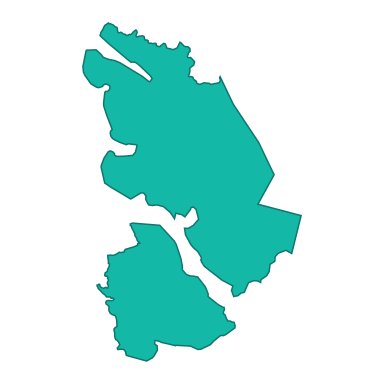 the district of Petersburg, Alaska, United States of America
{"feature_id": "52423323B76828844452953", "entity_name": "Petersburg", "entity_type": "district", "adm_level": 2, "iso_a3": "USA", "parent_name": "United States of America", "parent_adm1": "Alaska", "projection": "mercator", "projection_center": [-133.171, 57.135], "detail": "fine", "context": "isolated", "style": "filled", "palette": "teal", "viewbox_px": 384, "rotation_deg": 0, "n_neighbors": 0, "source": "geoboundaries", "source_scale": "gbopen_adm2", "svg_char_len": 5556}
<svg xmlns="http://www.w3.org/2000/svg" viewBox="0 0 384 384"><path d="M291.7,253.5L301.1,215.6L257.9,204.2L274.1,174.8L258.7,142.5L233.3,104.3L220.1,76.7L219.6,77.5L220.4,80.3L219.3,82.8L217.8,83.0L216.7,83.2L215.4,83.5L214.2,83.6L213.5,84.0L212.2,84.0L210.7,84.5L209.5,83.4L204.0,82.8L199.8,84.4L197.1,83.5L196.6,82.8L196.4,81.3L194.3,79.9L193.1,78.5L193.0,77.3L191.8,76.7L190.2,76.5L189.1,76.7L188.5,76.2L188.6,75.4L189.4,73.8L189.9,71.4L189.9,69.6L189.6,68.7L190.6,67.4L193.7,65.1L194.6,61.7L190.7,57.5L188.9,57.6L188.1,57.7L187.3,56.7L187.7,55.5L188.6,52.7L190.1,51.5L189.9,48.5L188.0,46.8L184.9,46.5L184.1,46.1L183.4,45.4L182.8,44.7L182.2,44.2L181.5,43.2L180.6,42.5L179.9,42.2L179.4,43.3L178.9,44.3L178.1,46.0L177.1,47.9L175.2,48.8L173.9,49.3L172.8,49.6L171.9,49.4L171.3,49.1L170.3,48.8L168.9,48.5L168.1,48.5L166.7,47.9L166.4,46.5L165.5,44.7L165.0,43.7L163.6,43.4L162.4,44.4L160.8,45.6L160.3,46.3L159.3,46.7L158.6,46.4L157.3,46.2L156.2,45.3L156.2,44.3L156.1,43.6L155.4,43.2L154.5,43.3L152.9,43.7L151.7,43.4L150.4,43.0L149.7,43.3L148.5,43.1L148.1,42.3L148.1,41.2L148.2,40.8L147.1,40.0L146.0,40.1L145.3,40.0L144.5,39.0L144.5,37.9L144.0,36.4L142.4,35.8L140.4,36.1L139.0,36.2L137.6,36.8L136.8,36.8L136.1,36.1L136.1,35.2L137.1,32.6L136.9,31.4L136.7,30.6L135.9,30.0L135.1,30.5L134.0,31.3L133.1,32.2L132.2,33.3L130.8,34.6L129.5,34.4L128.1,35.1L126.7,35.5L125.9,34.9L125.1,34.3L124.1,34.1L123.4,34.0L121.9,32.8L120.8,32.2L119.4,32.7L118.5,32.7L117.7,31.7L117.5,29.5L117.0,27.5L115.8,27.0L115.2,26.8L114.4,26.1L113.4,25.1L112.1,24.5L110.7,23.9L109.0,23.6L108.4,23.0L107.3,23.6L106.7,24.3L105.6,24.8L104.6,25.7L103.8,27.2L103.1,29.0L102.0,30.8L101.0,32.3L100.6,33.8L100.0,35.4L101.0,36.6L109.0,43.9L130.7,62.1L134.9,62.2L136.6,63.1L140.2,66.1L150.5,76.0L152.1,78.6L149.9,81.7L148.5,81.3L142.4,76.4L119.7,62.6L114.9,60.6L108.4,59.3L104.1,57.7L102.9,56.9L101.2,54.5L96.1,49.8L86.4,50.2L85.9,51.6L82.9,66.5L83.5,72.3L85.1,75.6L90.9,83.8L96.5,87.2L98.3,87.7L102.0,86.7L102.8,86.1L103.3,85.0L106.2,83.9L109.5,85.6L110.0,88.1L108.6,90.6L107.5,91.3L105.6,91.4L104.8,92.5L103.6,103.0L103.7,105.8L106.6,114.9L112.2,129.5L110.7,131.0L110.2,133.0L110.8,135.9L111.3,137.0L113.2,139.0L114.7,139.9L119.9,142.4L126.4,144.7L128.1,143.8L135.9,144.7L137.1,145.3L135.4,152.2L132.7,155.4L124.2,156.2L116.9,156.4L114.7,155.4L114.4,153.5L112.9,151.9L110.3,150.9L108.4,151.6L104.0,158.2L101.4,165.1L101.1,167.1L104.7,183.0L111.5,187.6L130.7,199.0L140.7,193.1L142.4,192.8L143.8,193.2L146.2,196.3L145.7,197.6L145.9,199.8L148.6,204.9L152.2,205.5L157.0,204.9L163.5,206.6L170.4,212.6L174.5,218.8L175.8,213.2L182.1,214.8L184.9,216.9L190.4,209.6L191.1,207.5L193.3,207.0L196.1,209.4L198.6,219.3L193.3,225.4L188.1,228.4L184.5,228.2L185.5,234.8L191.0,244.9L194.2,248.5L196.5,250.3L198.0,251.9L200.8,256.6L201.4,258.1L201.3,259.3L200.8,259.7L201.5,261.8L204.4,266.4L222.1,280.2L232.9,285.9L231.5,290.5L233.7,296.5L238.0,295.7L241.0,293.1L244.3,292.3L248.5,282.7L253.6,280.7L258.0,281.0L260.6,282.5L260.9,279.7L266.7,275.7L269.2,271.5L270.0,264.4L274.8,261.3L275.2,256.6L278.3,253.2L285.8,250.3L291.7,253.5ZM130.3,223.9L130.3,225.5L130.8,225.6L131.3,226.0L131.5,227.1L131.9,228.0L132.1,228.5L132.6,229.5L132.9,230.0L133.3,230.6L133.5,231.1L133.8,232.0L134.2,232.3L134.4,233.0L134.7,233.6L134.9,234.1L134.8,234.8L134.9,235.4L135.5,236.5L135.9,237.2L136.3,237.6L136.6,238.1L136.8,238.8L137.0,239.6L137.1,240.1L137.3,240.7L137.9,241.3L138.4,241.6L138.7,241.7L138.8,241.8L138.7,241.9L138.5,242.2L138.7,242.6L139.0,242.8L139.5,242.9L139.9,243.1L139.9,243.3L139.6,243.3L139.0,243.1L138.4,243.3L137.9,243.5L137.5,244.1L137.6,244.7L137.7,245.2L134.3,246.7L125.3,249.4L124.4,250.7L124.4,251.4L123.7,252.3L122.6,252.2L120.8,252.6L119.2,252.2L117.2,253.7L115.3,254.6L113.7,255.4L110.4,255.1L107.7,255.4L108.0,258.7L108.4,261.2L108.4,263.4L109.5,263.9L109.3,265.6L108.6,267.6L107.6,269.3L107.4,271.4L105.2,272.8L104.7,275.0L104.9,275.8L106.2,276.3L107.0,276.1L107.8,277.0L107.5,278.3L108.1,279.0L108.5,280.0L107.9,281.5L107.2,283.1L107.7,284.5L108.3,285.3L108.2,287.0L108.0,287.9L106.8,287.9L105.9,287.3L103.4,288.3L101.8,287.7L100.7,287.0L99.8,285.3L99.8,284.5L98.8,284.2L98.3,284.9L97.1,285.0L97.1,286.3L97.6,286.7L97.9,287.7L98.5,288.9L100.0,290.2L101.6,292.0L103.1,293.6L104.7,294.6L106.5,296.9L109.2,297.0L110.1,296.8L110.6,297.5L110.9,298.2L112.0,298.3L112.7,298.1L113.5,298.3L113.9,299.2L113.3,300.1L112.3,300.6L110.1,300.6L108.1,300.5L106.4,301.0L105.8,302.6L106.2,304.1L107.9,305.2L109.1,307.1L108.8,309.3L109.1,311.1L110.3,313.3L112.1,314.5L113.6,315.1L115.2,315.5L116.1,317.8L116.7,320.3L116.8,322.4L116.9,325.0L117.1,326.2L116.2,327.3L115.3,327.4L114.0,329.0L114.0,330.5L114.7,332.8L114.7,336.4L115.2,338.2L115.7,339.6L116.7,339.8L118.4,341.9L119.8,344.6L118.4,346.9L117.2,348.0L117.7,349.4L118.5,349.6L120.1,349.2L123.6,349.4L124.1,349.8L125.5,351.7L126.2,355.1L127.3,355.7L146.6,361.0L152.3,357.9L153.9,356.2L157.4,350.2L157.1,345.6L155.2,344.5L154.7,343.6L154.8,341.4L155.3,340.4L158.7,341.2L161.8,342.5L168.2,343.9L175.5,345.7L175.8,345.3L190.5,346.1L198.0,349.5L200.9,349.2L210.5,344.6L213.6,341.2L220.3,335.7L223.3,335.4L223.4,335.6L225.6,334.7L234.9,327.9L235.1,325.8L234.2,322.5L233.3,322.1L232.3,322.2L230.5,321.1L227.7,320.9L226.4,318.4L224.9,314.6L223.7,313.9L223.3,313.1L223.7,311.2L224.5,309.4L224.1,307.5L223.3,307.4L218.3,304.7L208.0,296.5L208.2,294.0L205.4,286.9L197.7,277.0L193.3,276.1L190.7,276.0L186.6,274.7L182.4,269.9L182.3,265.8L180.8,258.2L176.2,244.4L174.1,240.8L159.8,225.3L132.6,223.1L130.4,223.8L130.3,223.9Z" fill="#14b8a6" stroke="#0f766e" stroke-width="1.5"/></svg>